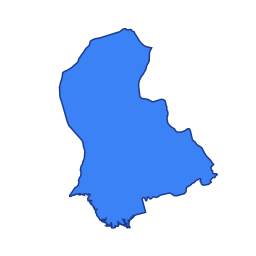 SVG path tracing the border of Sind, rotated 345°
{"feature_id": "PAK-1114", "entity_name": "Sind", "entity_type": "Province", "adm_level": 1, "iso_a3": "PAK", "parent_name": "Pakistan", "parent_adm1": "", "projection": "natural_earth1", "projection_center": [68.493, 26.111], "detail": "fine", "context": "isolated", "style": "filled", "palette": "blue", "viewbox_px": 256, "rotation_deg": 345, "n_neighbors": 0, "source": "natural_earth", "source_scale": "10m", "svg_char_len": 5839}
<svg xmlns="http://www.w3.org/2000/svg" viewBox="0 0 256 256"><g transform="rotate(345 128 128)"><path d="M171.6,56.7L168.7,59.9L168.3,60.6L165.9,68.4L165.2,69.6L162.3,72.5L160.4,76.0L156.5,80.0L154.3,81.6L151.3,84.9L150.0,87.4L149.1,90.4L147.7,100.1L148.0,101.8L149.0,103.0L154.2,105.3L155.5,106.3L157.9,108.7L159.4,109.2L167.4,108.9L168.6,109.2L169.8,110.0L170.8,111.3L170.9,112.7L170.7,116.0L170.9,117.6L170.8,118.3L170.5,119.1L170.3,119.9L170.3,120.7L170.6,122.3L170.4,123.8L170.0,125.3L168.2,128.5L168.0,129.2L168.0,130.6L167.7,132.7L167.7,133.3L168.4,135.3L169.4,137.2L170.7,138.9L172.1,140.2L172.7,141.0L173.4,143.3L173.9,144.2L174.4,144.6L175.7,145.1L177.6,145.6L181.5,145.5L182.8,145.2L184.1,144.6L185.3,144.2L186.7,144.4L187.4,145.5L187.5,147.2L187.2,155.3L187.5,156.7L188.0,157.5L189.4,159.1L189.6,160.1L189.8,161.0L190.2,161.8L191.3,163.2L193.4,165.2L194.0,166.0L194.4,167.0L195.5,172.5L196.3,174.7L197.2,176.8L199.2,180.2L200.4,183.7L201.3,185.2L200.6,185.8L198.4,187.0L197.9,187.9L197.7,189.2L197.8,190.3L198.4,190.9L198.5,191.2L198.6,191.4L198.4,191.9L198.3,193.1L198.3,193.7L198.4,194.0L199.2,194.4L200.5,194.7L201.7,195.1L202.0,196.1L201.6,196.5L200.0,197.1L199.7,197.5L199.4,198.0L199.1,198.3L198.4,198.3L197.7,197.9L197.1,197.9L196.5,198.1L194.4,199.6L193.9,200.3L194.0,201.0L194.5,201.7L194.3,202.0L193.0,202.4L191.7,203.1L191.1,203.3L186.6,202.9L185.3,202.2L184.8,201.6L184.5,201.1L184.4,199.5L184.0,198.1L184.0,197.6L184.2,197.4L184.8,197.0L185.0,196.6L184.6,195.6L183.2,195.6L179.7,196.5L178.2,197.7L177.6,197.9L175.8,198.0L175.1,198.4L173.9,199.3L173.2,199.5L172.5,199.5L170.6,200.2L169.5,200.4L169.1,200.6L168.7,201.3L167.9,203.7L167.5,204.5L166.3,205.6L164.9,206.0L158.1,206.1L156.3,205.8L154.8,205.0L152.2,202.0L151.2,201.5L141.8,201.2L139.3,202.2L137.9,202.4L137.3,202.3L135.4,201.3L134.6,201.0L134.0,201.2L132.6,202.0L131.7,202.3L131.1,202.3L130.7,201.7L130.0,200.5L129.8,200.1L129.5,199.9L129.2,199.7L128.7,199.8L128.5,200.0L128.4,200.7L127.3,202.8L127.0,203.1L126.3,202.5L126.1,200.2L125.7,199.4L123.9,199.3L123.2,201.0L123.2,214.0L113.4,213.9L111.8,214.2L110.8,215.0L110.7,214.3L110.6,214.0L110.4,213.8L110.0,213.9L110.0,214.2L110.1,214.9L109.8,215.5L109.4,215.9L109.0,216.2L108.5,215.9L108.1,215.1L107.8,215.1L107.5,215.4L107.4,215.8L107.4,216.4L107.6,216.7L107.5,216.9L107.0,216.8L105.9,217.5L105.0,218.9L104.2,216.4L104.2,218.0L104.6,219.0L104.5,219.8L103.9,221.3L103.7,222.1L103.7,222.8L104.1,224.0L104.2,224.7L103.9,224.8L103.3,224.2L102.3,223.2L102.2,224.2L101.7,224.2L101.0,223.7L100.7,222.8L100.8,222.5L101.4,222.0L101.4,221.2L101.7,220.3L101.9,220.2L102.3,220.2L102.3,219.9L101.9,219.5L101.4,218.9L100.9,218.1L100.7,217.2L101.1,215.6L100.5,215.7L99.7,215.2L99.4,215.0L100.3,218.5L100.7,219.4L100.1,220.9L99.7,221.6L99.4,221.8L99.2,221.6L99.0,221.2L98.9,220.3L98.7,220.1L98.4,220.2L98.0,220.4L98.0,220.5L97.3,220.2L97.0,219.9L96.7,219.3L96.1,219.2L95.9,219.1L95.7,218.7L95.8,218.2L95.6,217.9L95.3,217.8L95.0,218.0L94.5,218.6L94.4,217.9L94.4,216.5L94.1,216.1L93.9,217.0L93.5,219.6L93.3,220.2L92.3,220.1L91.3,219.7L89.5,218.8L89.9,219.1L90.3,219.7L90.3,220.2L90.0,220.8L89.4,220.9L88.7,220.8L87.4,220.5L86.8,220.5L86.6,220.4L86.5,220.1L86.6,219.6L87.0,218.6L87.3,216.3L87.4,215.8L87.4,215.5L87.2,215.2L86.8,215.9L86.8,217.6L86.5,218.3L86.0,218.6L85.5,218.4L85.2,217.9L85.2,217.2L84.7,217.7L84.4,217.5L84.1,217.0L83.8,216.6L83.3,216.6L83.2,216.9L83.4,217.4L83.8,217.7L81.9,217.2L81.5,216.9L82.3,216.9L82.6,216.6L82.9,216.3L83.3,215.4L83.6,215.0L82.5,215.6L82.2,215.5L82.1,215.1L82.4,213.6L81.0,213.3L80.6,213.1L81.1,211.7L81.5,211.3L81.9,211.4L82.9,210.8L83.2,210.4L83.3,209.8L82.5,210.5L81.8,210.4L81.1,210.0L80.2,209.8L78.3,209.9L77.3,209.7L76.9,209.1L76.8,207.8L76.4,206.8L75.5,205.1L75.4,204.6L75.3,204.1L75.3,202.1L74.8,201.3L75.3,200.4L75.1,199.4L75.7,198.8L76.8,198.7L77.6,198.8L77.0,198.4L76.4,198.3L75.0,198.3L74.6,197.8L74.7,196.8L75.1,195.0L74.7,195.5L74.2,195.8L74.1,194.8L73.8,193.8L73.2,193.0L72.6,192.2L73.3,191.5L73.1,191.3L72.4,191.1L72.0,190.7L71.9,190.1L71.7,188.9L72.2,189.2L72.8,189.3L73.5,189.2L74.0,188.9L72.5,188.0L71.9,187.8L70.9,188.1L70.6,187.9L70.6,187.1L70.8,186.0L71.4,185.0L72.2,184.1L73.1,183.5L74.0,182.9L74.1,182.6L73.8,182.1L73.3,181.7L73.0,181.8L72.7,182.0L71.4,182.2L71.2,182.1L71.0,181.3L70.8,180.9L70.5,180.6L70.2,180.4L68.9,180.7L68.3,180.4L68.0,180.7L68.3,181.6L67.7,181.3L66.3,180.1L65.7,180.0L65.2,179.7L64.7,179.2L64.4,178.8L64.2,178.8L64.2,179.5L64.4,180.1L63.6,180.0L63.0,179.6L62.4,179.0L61.6,178.5L60.7,178.5L59.8,178.8L59.0,179.0L58.2,178.5L57.9,178.7L56.1,178.9L55.3,179.2L54.9,179.3L54.0,179.0L54.1,178.2L54.8,177.4L55.7,176.9L61.0,172.2L61.6,171.8L63.1,171.6L63.6,171.4L64.5,170.8L65.3,169.9L66.3,168.2L66.5,167.6L66.5,166.3L66.7,165.7L68.2,163.6L69.8,162.2L70.2,161.5L71.2,158.6L71.2,158.2L71.1,156.7L71.1,156.3L71.3,155.8L73.0,152.5L73.3,152.1L74.2,151.6L74.5,151.3L74.7,151.0L75.4,149.3L77.7,146.4L78.1,145.6L79.8,140.7L80.2,139.3L80.4,138.0L80.2,134.1L80.7,130.6L80.6,129.4L80.3,128.0L71.8,110.9L71.5,110.1L71.2,108.3L71.0,106.3L70.7,86.2L70.4,82.3L70.4,80.9L70.6,79.1L71.9,73.2L72.1,71.9L72.3,71.1L72.8,70.1L75.0,65.9L77.3,62.6L78.9,58.6L79.3,57.8L80.6,57.1L84.3,56.5L88.6,55.3L96.6,51.4L98.1,49.0L99.1,47.8L106.4,41.8L107.0,41.1L108.5,39.9L111.3,38.7L111.7,38.3L112.0,38.1L113.6,35.2L114.3,34.4L114.8,34.2L115.7,33.8L119.1,33.3L124.8,33.7L140.5,33.0L144.9,32.9L148.4,31.3L148.9,31.2L149.7,31.2L150.6,31.4L151.7,31.7L151.9,32.0L152.0,32.8L152.3,33.0L155.5,33.4L156.4,33.7L157.1,35.4L157.7,35.9L158.2,36.2L158.6,36.5L158.9,36.9L159.0,37.5L159.0,38.9L159.1,39.2L159.7,40.3L159.9,41.3L162.0,47.9L162.5,49.0L164.6,52.3L165.7,53.5L167.8,54.8L171.6,56.7ZM78.0,210.1L78.5,210.6L79.3,210.6L80.8,210.1L81.7,210.6L81.0,210.9L80.7,212.0L79.8,212.3L79.2,212.0L78.6,211.4L78.2,210.7L78.0,210.1Z" fill="#3b82f6" stroke="#1e3a8a" stroke-width="1.5"/></g></svg>